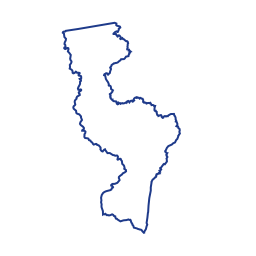 Nsanje, Nsanje, Malawi (orthographic projection), rotated 171°
{"feature_id": "42251766B55445306782248", "entity_name": "Nsanje", "entity_type": "district", "adm_level": 2, "iso_a3": "MWI", "parent_name": "Malawi", "parent_adm1": "Nsanje", "projection": "orthographic", "projection_center": [35.103, -16.718], "detail": "fine", "context": "isolated", "style": "outline", "palette": "blue", "viewbox_px": 256, "rotation_deg": 171, "n_neighbors": 0, "source": "geoboundaries", "source_scale": "gbopen_adm2", "svg_char_len": 5955}
<svg xmlns="http://www.w3.org/2000/svg" viewBox="0 0 256 256"><g transform="rotate(171 128 128)"><path d="M78.2,121.1L78.5,121.7L79.5,121.9L79.9,122.2L78.8,123.2L78.6,124.5L79.0,126.4L79.8,126.9L79.2,127.9L79.6,128.8L79.4,130.6L79.7,132.3L80.3,133.0L80.4,134.7L83.6,135.1L86.2,134.1L86.8,133.4L88.0,133.7L88.7,133.4L89.5,134.0L90.0,134.0L91.0,133.6L91.5,132.7L92.2,132.6L93.0,133.7L93.0,135.0L93.4,135.6L94.2,135.6L96.1,135.1L96.2,135.8L96.9,136.1L97.1,136.5L97.3,138.2L97.1,139.4L97.9,140.0L97.9,140.7L98.9,140.9L99.1,141.6L98.6,143.8L97.8,145.5L98.8,145.6L99.1,146.4L100.0,146.9L101.2,146.9L101.7,148.8L102.1,149.4L102.7,149.0L103.5,149.5L105.2,149.6L105.8,149.2L106.0,149.3L106.2,150.0L107.1,150.3L107.4,150.7L107.6,150.8L108.2,150.5L109.0,151.4L108.6,153.2L109.0,154.6L110.1,154.9L110.8,155.8L111.5,155.7L112.0,155.3L112.7,156.3L114.6,156.4L114.6,157.1L114.9,157.1L115.2,156.8L116.2,156.8L117.4,156.1L118.1,154.7L117.7,154.2L119.1,153.3L119.4,153.3L119.7,154.4L120.9,154.4L121.6,154.1L122.6,153.1L123.3,154.5L124.0,154.2L124.4,154.5L125.4,153.2L125.8,153.7L127.2,153.1L129.1,153.0L129.5,153.4L130.6,153.3L131.2,153.6L131.7,153.1L133.7,154.8L134.0,154.5L134.1,153.1L134.5,153.0L135.2,153.7L135.6,156.1L138.1,156.8L139.1,158.0L138.9,158.5L139.5,158.6L140.5,160.0L140.3,160.5L140.8,161.5L140.1,162.4L140.7,163.8L140.6,164.4L139.3,164.7L138.8,165.5L137.7,166.3L137.5,167.0L137.0,167.6L138.6,169.1L138.5,171.3L138.7,172.1L139.4,172.7L140.3,172.9L140.4,173.3L140.1,174.3L140.3,175.3L140.7,176.7L141.4,178.0L142.2,180.0L142.3,183.0L142.5,183.4L143.4,183.9L143.3,184.2L142.7,184.9L142.0,184.9L141.4,185.4L140.9,185.5L140.2,185.3L139.6,183.9L139.2,183.8L138.3,184.7L137.7,184.9L137.3,185.2L136.8,186.7L135.6,188.8L135.6,189.5L136.2,190.3L135.7,191.0L135.0,191.4L134.4,192.7L131.7,194.1L131.2,193.9L130.3,194.2L129.1,194.1L127.8,194.4L126.0,195.6L125.1,195.9L124.1,197.0L121.2,196.7L120.3,197.2L118.8,198.8L116.3,198.9L115.9,200.1L115.1,201.0L115.2,201.7L114.3,202.1L114.4,202.6L114.1,203.0L113.4,203.1L113.7,203.5L115.0,204.2L114.6,204.7L114.7,205.2L116.5,205.8L116.3,206.6L115.7,207.6L115.8,208.7L115.4,209.5L115.2,210.9L114.6,211.6L114.8,213.3L115.5,214.0L116.1,213.9L116.9,214.7L118.3,216.4L119.0,216.6L119.5,217.7L121.3,216.9L121.5,217.0L121.7,217.4L121.0,218.0L121.1,219.2L122.0,220.7L123.1,221.0L123.5,220.7L123.7,220.0L123.9,219.9L124.1,220.1L124.0,220.5L124.8,221.3L125.2,222.7L127.6,223.1L127.6,223.4L127.3,223.7L125.5,224.9L124.1,225.2L123.5,224.5L123.0,224.5L121.7,226.6L121.6,227.5L119.9,228.4L120.0,229.2L120.3,229.6L122.8,230.7L123.5,231.4L123.1,233.0L124.7,234.0L161.7,233.6L174.3,233.7L174.7,233.2L176.7,233.2L177.1,233.0L177.5,232.3L176.5,231.2L176.6,227.8L175.3,225.8L175.8,224.2L177.0,222.6L177.5,221.3L177.6,220.8L177.0,220.0L177.0,218.0L178.3,217.4L178.5,216.7L178.1,216.1L177.5,215.8L175.2,216.5L174.5,216.2L174.4,215.2L175.4,213.0L174.4,211.6L173.1,209.1L174.3,205.4L174.1,204.0L173.4,202.7L173.5,202.0L174.1,200.9L175.6,199.4L175.7,197.2L176.3,195.8L174.6,194.4L174.0,193.4L173.9,192.0L174.1,191.3L173.7,190.7L173.2,190.5L171.8,190.9L170.8,191.8L170.4,191.6L169.7,190.5L168.0,190.3L167.2,189.9L167.2,189.5L168.4,188.6L168.6,187.9L168.2,187.3L166.8,187.0L166.4,186.7L166.2,185.8L166.5,184.3L168.1,184.1L168.0,183.7L167.0,182.6L167.1,181.9L168.2,181.1L168.3,179.7L168.7,178.6L170.6,176.1L171.3,174.8L171.1,173.6L170.7,173.4L168.7,173.5L168.3,173.2L168.3,172.7L168.6,172.3L170.6,171.3L171.1,170.8L171.0,169.8L170.4,169.1L170.5,168.1L173.3,167.0L174.2,165.8L174.2,165.0L176.1,163.5L176.6,162.1L176.4,159.4L176.7,159.0L178.2,158.0L178.7,157.2L178.8,156.5L178.6,155.5L176.6,153.2L176.7,151.1L176.4,150.5L175.8,150.0L174.0,149.1L172.6,146.8L172.8,145.9L172.2,143.1L174.1,141.2L174.8,139.6L174.2,138.3L172.2,136.3L171.5,134.8L171.9,133.8L173.6,132.9L173.7,132.5L171.3,132.0L170.6,131.1L171.0,129.7L172.0,128.6L172.1,127.5L172.4,126.8L172.4,125.6L171.9,124.8L169.8,124.2L168.8,123.7L168.4,122.1L167.1,121.5L166.8,120.5L165.5,119.1L165.1,117.8L164.5,117.0L162.1,117.3L161.6,117.1L161.3,116.3L159.6,115.4L158.2,113.1L158.2,112.3L158.6,111.4L158.0,109.8L157.5,109.2L156.7,108.8L155.2,110.1L154.5,110.5L154.0,110.5L154.0,110.0L152.2,106.4L149.9,106.1L147.1,103.6L146.1,103.4L145.0,102.6L143.6,102.6L142.9,102.4L142.4,101.2L143.3,98.6L143.0,98.3L140.6,98.9L140.0,98.5L139.8,97.3L139.2,96.3L139.3,93.5L138.1,91.9L137.8,91.2L137.6,88.9L138.1,88.4L138.1,88.2L136.6,86.8L136.7,85.5L138.1,84.7L140.3,84.0L141.1,83.1L143.3,82.0L144.6,81.1L144.9,80.1L144.5,78.5L144.5,77.8L147.1,75.5L149.8,74.9L152.2,75.2L153.6,74.2L153.6,73.7L152.6,73.2L152.0,71.9L152.3,71.5L153.4,71.1L154.0,69.9L155.1,69.4L159.4,69.0L161.3,68.5L162.8,67.7L164.4,65.9L165.5,63.3L165.6,60.6L166.2,58.9L166.0,56.7L166.4,55.1L166.5,53.8L165.8,49.9L166.2,46.5L165.7,46.7L164.8,46.4L163.9,46.8L163.5,46.2L162.9,45.9L162.9,45.6L162.5,45.2L161.3,45.1L160.5,44.6L159.0,44.7L157.2,45.2L156.2,44.5L155.7,43.4L154.4,42.7L154.5,41.8L154.1,40.4L153.2,40.1L152.7,39.3L150.1,37.0L146.9,37.5L143.9,37.3L141.9,37.6L141.1,37.0L140.1,37.0L139.8,36.5L139.5,34.0L138.8,33.0L138.8,31.7L138.1,30.9L137.8,28.7L134.9,27.4L134.1,26.8L132.9,26.3L132.6,26.0L131.2,25.6L130.3,24.7L130.0,23.8L128.7,22.0L128.4,22.1L128.5,22.6L126.1,25.4L125.0,28.1L124.1,29.5L124.5,31.3L124.3,31.9L122.9,36.3L121.6,41.1L121.3,41.6L119.9,48.0L117.9,55.5L115.3,62.6L114.8,65.8L113.2,70.7L113.3,71.0L111.8,73.1L109.7,74.3L109.3,74.9L108.3,75.1L107.7,75.7L107.7,76.6L107.0,77.9L106.2,78.0L106.1,77.8L105.5,78.1L103.9,78.2L104.3,79.0L103.1,79.6L103.5,80.8L103.1,80.8L101.7,81.8L101.8,82.2L102.5,82.8L102.5,83.4L101.6,83.7L98.5,86.7L98.1,86.9L97.3,86.4L94.8,88.8L94.6,91.6L94.7,91.8L93.6,93.2L94.3,94.6L94.0,95.1L94.3,95.6L93.2,97.0L93.9,97.2L94.1,97.9L94.9,98.7L94.9,99.3L94.6,99.4L92.7,102.3L91.0,103.8L87.3,104.8L85.9,105.8L83.8,106.4L82.3,108.6L81.0,109.5L79.7,111.8L79.6,112.5L78.9,113.0L78.7,113.5L77.9,114.1L77.6,114.5L77.9,116.1L77.3,117.4L77.2,118.9L78.3,120.2L78.2,121.1Z" fill="none" stroke="#1e3a8a" stroke-width="2"/></g></svg>